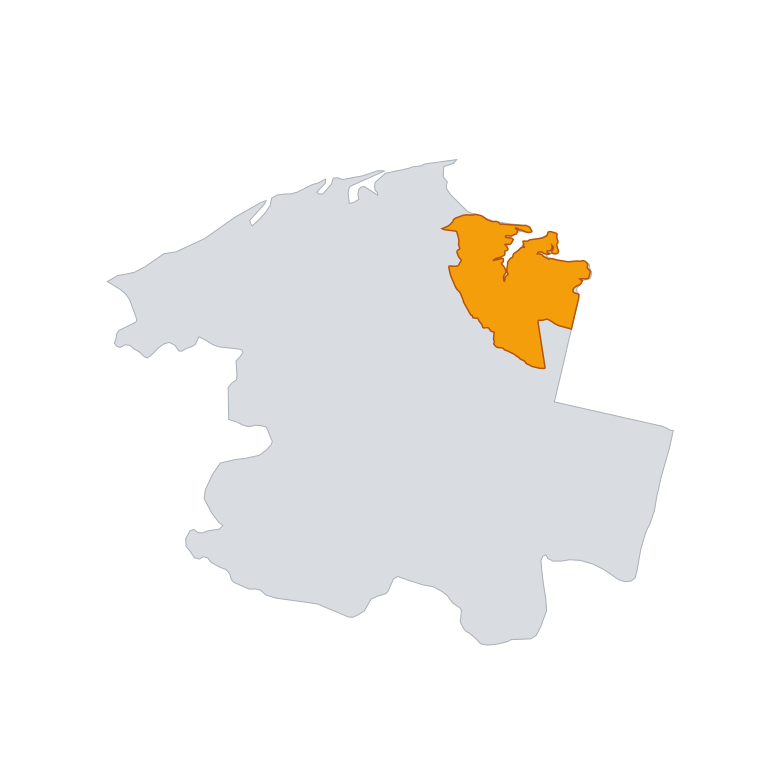 location of Estuaire within Gabon, rotated 103°
{"feature_id": "GAB-2168", "entity_name": "Estuaire", "entity_type": "Province", "adm_level": 1, "iso_a3": "GAB", "parent_name": "Gabon", "parent_adm1": "", "projection": "natural_earth1", "projection_center": [9.925, 0.242], "detail": "fine", "context": "in_parent", "style": "filled", "palette": "amber", "viewbox_px": 768, "rotation_deg": 103, "n_neighbors": 0, "source": "natural_earth", "source_scale": "10m", "svg_char_len": 7922}
<svg xmlns="http://www.w3.org/2000/svg" viewBox="0 0 768 768"><g transform="rotate(103 384 384)"><path d="M522.4,104.7L522.0,111.2L515.5,127.4L512.5,139.8L511.7,153.0L513.5,163.6L516.6,171.2L518.6,179.5L517.1,185.2L514.0,187.7L516.1,190.6L520.8,191.3L528.8,188.8L541.1,184.4L557.2,178.0L567.8,174.6L585.2,176.7L594.6,179.1L599.3,183.6L604.5,202.6L607.1,205.5L611.3,213.5L614.8,223.2L615.6,228.2L615.2,231.7L611.6,236.9L607.6,244.7L606.2,249.3L602.9,252.8L598.7,256.2L587.0,257.6L585.2,259.6L581.9,267.8L575.8,274.8L573.0,281.3L570.5,290.1L571.0,301.0L569.7,316.6L568.5,327.2L571.6,330.9L585.5,333.5L588.2,335.6L591.9,342.1L596.7,348.3L609.5,352.1L614.4,356.9L618.4,362.0L619.0,366.2L616.1,383.2L613.3,399.5L614.3,411.9L615.4,423.8L616.9,441.0L616.2,451.6L612.6,458.0L612.6,463.0L614.2,469.1L611.0,485.9L609.0,488.7L603.3,491.9L600.3,496.4L599.3,503.5L596.2,513.2L593.0,516.7L593.0,521.2L596.1,524.5L596.0,529.6L590.3,535.6L586.9,540.2L579.3,542.4L570.6,540.0L568.5,536.7L570.7,531.5L569.9,527.3L566.9,522.9L562.3,511.6L558.2,509.3L555.9,513.9L548.8,522.5L536.3,533.4L527.5,534.3L511.4,531.0L497.8,525.7L491.5,512.8L487.5,502.2L481.7,489.8L475.2,484.0L468.3,480.2L465.2,479.9L455.3,486.8L452.3,489.5L452.3,495.3L453.3,500.7L454.8,503.3L456.1,506.8L455.8,512.2L454.1,519.3L453.5,527.3L422.4,535.1L417.0,532.3L413.1,528.7L408.4,529.3L394.9,533.4L390.0,530.5L385.1,528.5L382.8,530.2L382.6,533.6L384.9,552.3L384.2,559.4L381.1,568.7L379.6,575.0L387.8,576.7L390.8,579.7L393.7,584.4L397.6,588.7L397.9,591.4L393.4,596.3L391.8,602.3L394.0,607.0L399.6,611.9L407.8,617.0L411.8,620.3L411.4,623.4L407.6,629.9L406.1,635.4L403.5,640.3L404.0,644.9L407.7,649.2L407.3,653.0L404.8,655.9L399.7,655.3L395.4,655.7L391.6,654.5L379.5,639.7L376.8,639.3L359.2,650.7L354.9,655.3L351.3,662.0L346.4,676.6L338.4,668.1L331.5,652.6L323.5,643.2L306.6,627.8L302.1,616.5L282.8,591.6L255.0,566.7L235.0,545.0L231.9,540.2L235.3,540.8L254.7,551.6L257.3,550.4L259.6,548.0L251.2,542.3L243.2,537.9L235.7,535.1L228.2,535.3L224.0,530.8L221.3,523.8L219.9,517.9L216.6,511.7L205.9,498.8L203.3,493.9L197.5,487.1L201.1,486.2L212.5,492.7L213.5,490.1L212.5,486.3L201.0,480.2L194.8,479.8L193.4,475.5L194.2,470.5L186.0,451.8L177.5,437.8L176.2,431.2L199.1,461.6L202.2,462.1L206.2,461.9L215.8,458.4L214.0,454.4L209.7,450.0L205.5,452.0L200.1,452.4L197.3,450.6L196.0,447.5L201.4,432.7L199.0,433.5L197.3,436.1L194.4,437.4L189.8,438.1L178.5,430.2L168.5,408.9L165.8,404.5L163.2,397.1L160.5,394.0L149.0,363.7L153.4,365.9L158.7,374.7L168.8,372.9L172.8,367.8L176.3,368.0L179.8,366.8L184.3,362.0L197.3,341.1L200.8,313.5L199.6,297.2L197.7,280.9L202.1,275.7L203.8,279.1L204.6,284.9L206.6,289.2L211.3,293.0L219.9,294.0L233.2,300.1L238.0,303.9L239.3,296.2L254.6,289.7L250.0,287.4L236.4,289.9L217.6,280.2L211.4,274.0L205.6,262.3L199.6,256.1L200.0,250.6L213.5,245.5L217.0,246.1L218.5,252.1L222.1,254.6L223.5,253.8L224.1,248.6L224.1,234.7L220.0,214.8L221.2,211.0L224.9,209.6L228.2,206.9L230.5,206.4L235.1,206.9L237.3,211.5L238.6,214.1L243.2,215.3L246.9,217.7L250.2,217.1L252.9,214.2L256.8,213.6L269.1,213.6L280.2,213.7L302.3,213.8L324.4,213.8L346.5,213.9L363.1,214.0L363.1,202.6L363.0,185.0L362.9,164.2L362.8,144.3L362.7,125.9L362.6,104.1L363.5,97.9L364.6,95.3L364.2,91.7L381.3,91.4L412.3,93.0L425.8,92.8L429.6,93.1L446.5,92.0L460.2,93.4L466.1,94.9L471.3,95.7L487.7,96.6L509.1,95.5L516.4,95.7L520.4,98.8L522.4,104.7Z" fill="#d9dde1" stroke="#a8b0b8" stroke-width="1"/><path d="M256.9,213.6L265.8,213.7L288.3,213.8L287.8,227.1L286.6,231.8L285.7,233.7L284.5,237.4L284.2,239.2L284.3,240.5L285.5,242.5L286.0,243.4L286.3,244.3L287.0,247.0L287.4,247.9L288.0,248.0L289.2,247.8L331.7,230.8L332.4,230.8L332.7,231.1L333.5,234.8L333.7,236.9L333.6,243.4L333.4,244.6L332.6,247.1L332.2,249.4L332.0,250.0L331.8,250.4L330.6,251.5L330.2,252.0L330.0,252.5L329.1,256.3L328.8,257.1L328.2,258.2L327.8,258.7L327.5,259.3L327.4,259.7L327.1,260.8L327.0,261.2L326.0,263.1L325.7,264.0L324.0,270.9L323.8,273.4L323.6,274.2L323.5,274.6L323.2,275.0L323.0,275.3L322.5,275.7L322.3,276.2L322.2,277.2L322.8,280.3L322.8,281.4L322.8,281.9L322.7,282.4L322.3,283.5L321.7,284.4L321.4,284.7L321.2,284.9L320.7,285.7L320.2,286.2L318.6,285.9L318.3,285.9L318.0,286.0L315.5,287.4L314.3,287.6L313.8,287.6L310.5,288.1L309.4,288.1L308.9,288.3L308.7,288.6L308.6,289.5L308.6,290.8L308.5,291.5L308.2,292.1L307.9,292.5L306.5,294.0L306.3,294.2L306.0,294.8L305.9,295.1L305.9,295.4L305.9,296.2L306.0,296.5L306.1,297.2L306.9,299.0L306.9,299.7L306.5,300.6L304.3,301.9L303.6,302.5L302.7,303.7L301.1,305.7L299.7,306.6L298.8,307.9L298.8,308.1L299.1,309.1L299.4,311.0L299.5,311.9L299.4,312.3L299.1,312.7L298.7,312.8L298.1,313.0L297.5,313.4L297.3,313.9L297.3,314.4L297.3,314.9L296.9,315.3L287.1,324.2L286.1,325.0L284.6,325.6L278.8,329.7L277.8,330.6L275.1,334.5L273.3,336.2L263.5,343.4L256.1,347.0L254.6,347.1L254.2,346.5L254.0,345.7L253.9,343.9L253.6,342.9L253.0,340.1L252.7,339.3L252.1,338.5L251.4,338.0L250.6,337.7L249.0,337.5L248.3,337.2L247.5,336.8L246.6,336.5L245.8,336.7L245.0,337.6L244.4,338.6L243.3,339.8L241.9,340.9L239.4,342.5L238.1,342.7L237.1,342.4L235.5,340.7L234.7,340.6L233.3,341.6L231.3,342.8L230.5,342.9L228.1,343.0L227.3,343.3L224.0,344.7L220.8,346.6L220.0,346.9L219.3,347.3L218.9,348.1L220.0,360.1L219.6,362.4L215.8,357.2L213.2,355.1L210.5,353.6L209.7,353.4L208.2,353.2L207.1,352.5L205.9,351.1L201.7,344.6L201.0,342.7L199.2,334.9L198.1,333.6L198.1,327.2L198.7,325.2L200.5,321.0L200.9,319.1L201.0,318.0L201.3,316.0L201.4,314.9L201.2,314.0L200.3,311.6L200.4,310.4L200.6,309.3L201.1,308.3L201.7,307.4L202.1,306.5L201.9,305.7L201.6,305.0L201.4,304.2L201.3,302.2L198.4,284.4L197.5,281.4L197.8,280.5L198.2,278.0L198.3,277.5L198.7,277.2L201.3,274.6L202.2,274.3L203.0,275.0L203.7,276.8L204.0,279.1L203.8,281.0L203.0,284.5L203.2,285.6L203.6,286.7L203.6,287.4L202.8,287.7L202.3,288.1L202.2,289.1L202.3,290.2L202.5,291.0L203.2,290.3L203.6,289.4L204.1,288.7L205.0,288.4L207.7,288.5L208.1,288.8L208.5,290.0L210.7,292.4L211.4,294.2L211.7,297.8L212.2,298.3L212.9,298.8L213.4,298.8L213.7,297.8L213.3,293.8L213.3,292.1L214.2,290.4L218.2,291.7L219.3,292.3L219.7,293.3L220.4,296.6L220.9,297.5L221.3,296.8L223.6,294.2L224.3,293.6L225.5,293.7L226.3,294.2L227.1,296.1L231.1,295.4L234.1,298.8L236.6,303.4L239.3,305.8L236.3,299.5L235.1,297.8L234.9,296.2L236.5,295.4L238.6,295.5L239.9,296.8L240.9,296.1L242.4,293.9L243.2,292.9L246.1,290.8L247.1,290.4L248.4,290.4L250.8,291.4L252.1,291.7L253.3,291.6L256.6,290.4L256.6,289.7L252.5,289.8L250.9,289.2L249.3,287.7L248.1,288.7L246.6,289.5L245.0,290.1L238.7,290.6L237.6,291.0L234.0,289.6L232.9,288.8L231.7,287.5L231.1,287.1L228.5,287.2L227.6,286.7L223.7,283.3L220.9,281.4L219.7,280.0L219.3,278.1L218.7,278.1L218.2,279.2L217.8,279.6L216.8,279.4L216.1,279.6L214.3,280.6L213.7,280.7L213.1,279.6L212.6,276.2L211.7,275.5L210.6,274.2L206.7,263.8L205.6,262.1L203.4,259.1L201.8,258.3L200.4,258.4L199.1,258.3L198.1,256.8L198.0,255.5L198.3,250.3L198.9,249.1L200.7,248.9L202.5,248.5L203.4,248.1L205.1,247.0L205.9,246.6L207.0,246.4L207.7,246.6L208.4,247.0L209.5,247.2L210.2,247.0L211.3,246.1L212.8,245.4L214.0,244.5L215.5,243.7L217.0,243.9L218.4,245.5L219.0,247.6L218.7,249.6L217.3,250.4L213.8,249.6L212.1,249.8L210.9,251.7L212.8,251.0L215.2,251.2L217.1,252.4L217.6,254.9L218.6,254.6L219.3,253.9L219.7,252.9L219.8,251.7L220.8,253.2L220.9,256.0L220.5,258.6L219.8,260.1L220.6,262.7L221.2,263.6L222.6,263.9L222.3,262.4L222.3,260.5L222.7,258.8L223.4,258.1L223.9,257.3L224.8,253.2L225.4,251.7L224.3,249.8L224.0,247.9L224.3,243.3L223.5,232.1L220.6,223.3L220.4,221.0L220.0,219.5L219.3,218.6L218.9,217.5L219.3,215.6L220.3,213.6L221.3,212.6L222.5,212.3L224.0,212.3L225.4,211.9L226.2,210.7L226.8,209.4L227.6,208.5L229.1,208.2L233.8,208.3L235.1,208.8L236.2,210.9L236.9,214.9L237.6,216.9L238.3,215.3L238.6,214.1L241.0,214.4L242.3,215.0L243.6,216.1L245.8,218.9L247.1,220.1L248.5,220.8L250.0,221.0L251.3,220.7L252.2,219.6L252.5,218.4L252.5,215.6L253.0,214.2L254.6,214.0L256.9,213.6Z" fill="#f59e0b" stroke="#b45309" stroke-width="1.5"/></g></svg>